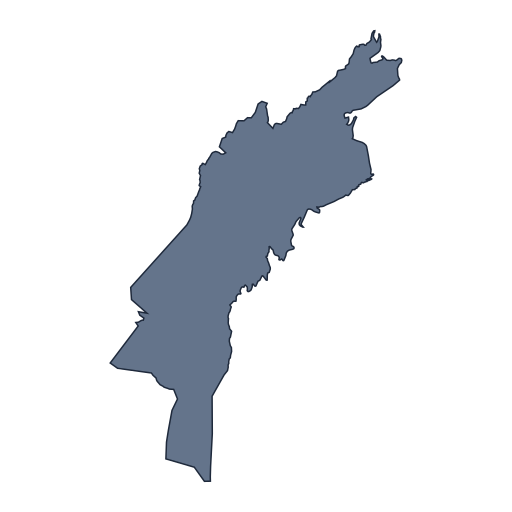 Cuajimalpa de Morelos, Distrito Federal, Mexico (orthographic projection)
{"feature_id": "50627088B46057662043676", "entity_name": "Cuajimalpa de Morelos", "entity_type": "district", "adm_level": 2, "iso_a3": "MEX", "parent_name": "Mexico", "parent_adm1": "Distrito Federal", "projection": "orthographic", "projection_center": [-99.285, 19.319], "detail": "fine", "context": "isolated", "style": "filled", "palette": "slate", "viewbox_px": 512, "rotation_deg": 0, "n_neighbors": 0, "source": "geoboundaries", "source_scale": "gbopen_adm2", "svg_char_len": 6027}
<svg xmlns="http://www.w3.org/2000/svg" viewBox="0 0 512 512"><path d="M210.4,481.2L210.3,476.7L210.6,466.2L212.3,433.7L212.1,396.2L224.1,374.9L227.5,370.6L228.2,367.2L228.1,365.0L228.8,363.3L228.7,361.8L229.2,359.0L230.3,357.8L230.6,355.2L231.6,351.5L231.4,347.5L230.3,345.7L229.3,341.2L229.5,338.4L230.4,337.1L231.6,331.3L229.6,328.8L229.3,326.6L228.4,324.3L228.2,322.2L228.4,320.7L228.2,320.0L228.6,318.9L228.1,317.8L228.1,315.9L229.0,312.7L229.8,311.7L230.4,309.9L230.4,309.3L231.2,307.1L231.1,306.6L230.0,305.3L229.9,304.8L231.5,303.5L233.1,301.6L234.2,301.1L234.9,301.3L235.9,301.2L236.2,299.8L236.2,296.9L236.9,295.5L238.1,294.2L238.6,294.0L240.6,294.0L240.9,293.6L240.1,291.3L240.2,290.4L241.0,288.2L241.9,287.1L242.5,286.9L243.9,287.2L244.7,285.4L245.4,285.1L247.0,286.7L247.2,287.2L247.4,288.7L247.2,290.7L247.9,291.5L248.7,291.6L250.3,290.7L251.1,289.9L252.2,286.9L252.3,284.3L253.1,284.1L254.7,286.0L255.3,286.2L255.9,286.0L258.0,281.2L259.8,280.3L261.9,276.1L262.3,275.8L262.7,275.8L263.6,276.7L266.2,280.1L266.8,280.2L267.2,280.1L267.3,275.2L267.7,273.0L269.2,272.4L270.2,269.5L270.3,268.4L270.2,267.4L269.4,265.5L268.6,262.9L267.6,260.7L267.3,258.6L266.0,257.1L266.3,256.3L267.1,256.2L267.4,256.0L267.8,253.5L268.8,252.1L269.0,251.5L268.9,250.2L269.2,248.8L269.1,246.7L269.6,246.5L270.0,246.6L270.9,247.7L271.4,248.7L272.7,249.5L273.3,250.9L273.7,252.8L274.4,254.1L275.0,254.8L276.1,255.3L277.6,255.6L278.5,256.2L279.3,257.6L278.9,259.5L279.2,259.9L280.0,260.0L281.6,259.0L282.1,259.3L282.8,260.4L283.2,260.7L283.8,260.5L284.3,259.4L285.8,255.7L286.3,252.9L287.4,251.2L289.2,250.1L292.6,249.3L293.7,248.8L294.0,248.3L294.0,247.4L293.5,246.6L292.2,246.0L291.6,245.5L290.8,241.6L290.8,240.4L291.0,239.5L293.2,235.2L293.1,234.2L291.8,230.5L291.7,229.9L292.0,228.7L294.8,224.4L295.8,222.0L296.5,221.0L299.3,217.8L300.2,217.4L300.7,217.7L300.9,218.5L299.1,223.0L299.3,224.7L300.4,225.9L302.7,227.1L303.3,227.1L301.5,225.0L301.2,224.3L301.3,223.5L304.3,217.1L307.2,210.1L307.6,209.5L308.7,209.0L310.4,209.2L311.7,209.7L313.9,211.3L315.3,211.9L318.6,212.9L319.3,212.8L319.6,212.2L319.7,210.1L319.3,209.4L317.2,208.1L316.9,207.0L319.0,207.2L320.7,206.5L321.7,206.6L323.5,206.2L326.4,204.7L334.1,201.5L338.7,199.0L342.8,197.3L344.5,196.2L345.7,195.1L347.6,195.5L348.4,195.4L350.3,193.2L352.4,189.7L354.6,189.6L354.9,189.5L355.4,188.6L356.9,188.1L357.1,187.8L357.2,186.7L357.5,186.4L358.3,186.6L358.7,186.4L358.9,184.7L360.7,184.2L361.3,182.7L361.6,182.4L362.0,182.3L362.9,182.8L363.6,182.8L364.3,182.2L365.7,181.9L366.2,181.5L367.0,181.5L367.7,180.6L368.6,180.6L371.6,179.2L371.7,178.9L371.4,178.8L370.0,179.5L368.3,179.2L367.7,179.4L366.8,180.0L366.4,179.8L367.7,178.8L369.6,178.5L371.1,176.6L373.3,175.2L373.6,174.8L373.5,174.3L373.2,174.0L371.4,174.3L370.8,173.7L370.7,172.8L370.9,171.7L371.0,169.5L369.5,163.2L368.4,155.9L366.6,146.6L366.0,145.3L364.2,143.6L362.2,142.4L356.5,140.6L352.3,138.7L352.9,137.7L353.2,135.7L352.4,129.6L352.6,127.6L354.8,121.3L356.6,117.3L355.6,116.5L354.2,117.6L353.9,117.9L353.4,120.0L351.4,123.6L349.6,125.0L348.3,125.2L346.7,124.3L347.8,122.9L348.7,120.8L348.8,119.4L348.5,117.1L345.0,118.1L344.3,116.1L344.1,115.0L344.5,113.7L345.6,112.9L347.7,112.5L349.8,113.1L350.4,113.0L351.2,112.5L352.2,111.0L353.1,110.3L361.1,108.9L365.8,106.6L367.7,105.2L376.8,96.7L393.0,85.7L399.6,80.1L399.5,79.2L398.8,78.0L397.9,75.6L397.4,68.5L399.2,64.7L401.3,62.6L401.8,60.3L401.5,59.1L401.1,58.6L399.6,58.3L398.8,58.4L396.5,60.3L395.6,60.6L394.1,60.1L392.3,59.9L390.2,60.5L387.5,60.3L386.7,60.2L384.1,57.3L383.2,56.5L382.1,55.9L381.7,56.1L381.6,56.6L383.0,58.7L382.8,59.1L381.9,59.9L379.1,60.7L377.3,62.1L373.1,62.5L372.1,63.2L371.0,62.8L370.2,59.8L370.0,58.3L378.1,52.5L379.8,50.6L380.8,46.9L380.9,45.6L380.5,42.4L380.9,39.4L380.5,38.1L380.5,36.7L379.5,34.1L378.9,34.1L379.0,36.8L377.3,41.5L376.6,42.3L373.5,36.8L373.5,35.3L374.0,33.0L374.6,32.2L374.8,30.7L373.7,30.9L372.4,32.8L372.0,33.6L371.0,38.8L371.4,39.6L369.4,42.0L366.9,43.5L365.9,45.2L364.8,45.3L363.8,44.3L362.3,44.3L359.5,44.9L359.1,45.4L359.3,46.3L359.0,46.8L357.8,46.8L356.9,46.1L356.6,46.1L355.9,46.8L354.9,48.1L354.0,50.3L353.2,53.7L351.3,56.7L349.5,58.9L349.1,62.6L348.6,64.0L345.7,66.0L345.4,66.9L345.5,68.6L343.9,69.3L339.9,70.2L338.5,70.4L337.6,71.2L336.5,75.9L335.6,76.8L335.4,77.3L329.5,82.1L329.6,81.1L322.0,87.3L319.7,89.8L315.4,91.8L312.8,92.0L311.7,94.6L310.5,95.8L310.4,96.6L309.4,96.3L308.8,96.3L308.5,96.5L307.8,98.0L307.3,98.2L307.2,98.7L307.3,100.9L305.8,101.9L305.7,105.0L304.0,105.0L300.9,104.4L299.9,106.7L298.5,108.5L296.2,108.3L295.8,108.8L293.6,108.7L293.2,110.6L292.5,111.3L292.2,112.7L291.1,112.7L290.0,113.3L287.1,116.8L286.7,118.7L285.5,121.5L283.3,122.2L281.3,124.3L276.7,123.4L275.6,123.6L275.0,124.0L274.3,124.8L272.9,128.4L267.4,122.6L268.0,121.6L268.3,120.2L268.1,117.2L267.6,116.0L266.6,109.0L265.7,106.8L267.2,103.3L261.9,101.4L258.1,104.0L255.3,112.4L251.3,117.8L247.5,117.7L244.0,120.8L238.2,120.7L236.4,123.7L235.7,126.1L234.6,129.1L232.5,132.6L228.8,131.5L227.0,133.0L225.9,135.4L225.7,137.1L222.2,138.5L219.4,146.8L225.7,152.8L223.2,154.2L220.8,154.0L219.2,152.7L217.3,151.9L215.6,151.5L213.0,152.4L211.8,153.4L209.6,157.4L208.7,158.4L208.6,159.2L208.0,159.7L207.0,161.1L206.7,162.1L205.3,164.6L202.8,163.3L202.2,163.6L202.1,164.6L200.2,166.1L199.3,168.7L199.8,170.5L199.2,173.2L200.5,175.5L199.6,179.7L200.0,180.4L200.2,182.5L199.4,184.5L199.2,185.6L200.7,186.7L199.6,189.2L199.5,190.2L199.0,190.9L197.1,196.1L195.6,197.7L194.8,200.1L193.6,200.9L193.5,203.5L192.8,204.4L192.2,206.1L192.4,209.1L191.7,213.5L190.7,217.3L189.5,220.1L186.9,224.9L130.7,287.4L131.5,299.6L147.0,313.2L138.4,311.7L139.8,315.2L143.9,318.1L143.3,320.2L142.2,320.2L141.1,320.6L138.4,322.2L135.8,322.5L138.2,326.0L110.2,363.0L117.6,368.3L151.4,373.0L153.1,375.4L156.1,378.1L156.5,379.9L157.2,381.3L160.1,384.7L163.1,386.3L164.1,387.2L167.8,388.4L169.4,389.1L173.7,389.4L177.5,399.0L172.0,410.4L168.4,430.1L166.5,442.1L165.9,458.9L194.3,467.2L204.4,481.3L210.4,481.2Z" fill="#64748b" stroke="#1e293b" stroke-width="1.5"/></svg>